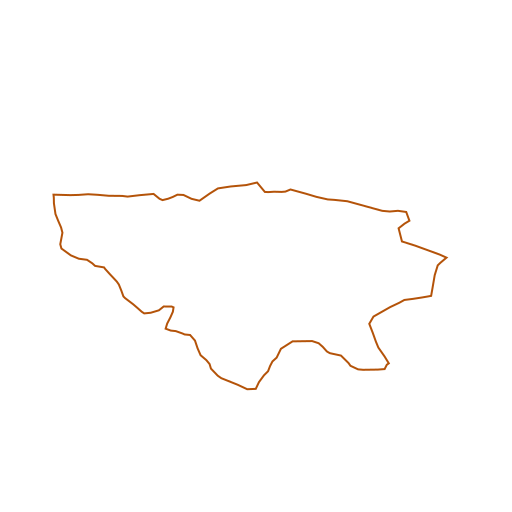 outline of Pshdar, As-Sulaymaniyah, Iraq, rotated 145°
{"feature_id": "34846034B40807866261239", "entity_name": "Pshdar", "entity_type": "district", "adm_level": 2, "iso_a3": "IRQ", "parent_name": "Iraq", "parent_adm1": "As-Sulaymaniyah", "projection": "robinson", "projection_center": [45.138, 36.265], "detail": "fine", "context": "isolated", "style": "outline", "palette": "amber", "viewbox_px": 512, "rotation_deg": 145, "n_neighbors": 0, "source": "geoboundaries", "source_scale": "gbopen_adm2", "svg_char_len": 1865}
<svg xmlns="http://www.w3.org/2000/svg" viewBox="0 0 512 512"><g transform="rotate(145 256 256)"><path d="M386.7,422.4L388.2,419.7L391.3,415.1L396.2,405.4L397.8,398.5L399.3,391.2L401.2,386.1L405.4,382.0L409.6,377.9L411.1,373.7L407.3,362.7L402.7,355.4L396.6,349.8L394.3,343.9L393.5,340.2L387.0,333.8L387.0,331.9L386.2,325.5L384.7,314.9L384.7,311.3L386.2,304.8L387.8,298.9L387.4,296.6L384.3,286.9L382.8,281.0L381.6,275.9L380.5,273.1L374.8,269.9L366.7,267.2L360.6,267.6L354.1,263.0L353.0,261.2L356.1,258.0L361.4,254.8L367.5,251.6L371.7,248.3L368.6,243.8L364.8,240.5L360.6,234.6L359.5,232.7L355.3,229.1L354.5,221.7L356.8,213.9L358.3,206.5L356.4,199.2L356.0,194.1L357.5,189.6L356.0,179.9L354.5,175.8L344.9,161.1L339.6,151.9L332.4,147.3L325.9,151.0L317.9,153.7L312.2,154.7L307.6,157.8L303.0,160.2L297.4,160.9L288.8,165.7L275.0,165.1L266.9,159.6L258.8,154.1L254.7,148.6L253.4,143.2L252.7,137.2L251.9,135.4L251.2,134.0L243.5,125.7L241.6,115.2L241.6,111.9L237.4,104.6L233.6,101.4L221.4,93.1L215.5,89.6L211.2,91.9L208.8,91.9L208.3,99.9L208.3,110.8L206.9,117.1L204.5,125.8L202.1,135.5L194.5,139.0L175.4,137.2L165.4,135.5L159.7,134.9L152.1,130.9L144.0,126.9L138.7,124.4L135.4,122.9L129.7,128.6L120.6,137.8L112.5,144.1L108.7,144.7L100.9,145.4L104.7,151.8L119.6,173.1L128.1,184.2L123.3,196.9L115.8,197.3L110.1,196.9L107.7,205.9L113.8,211.6L120.9,215.7L126.7,220.6L133.5,228.8L142.0,239.1L149.8,248.5L159.7,257.1L164.8,261.2L172.6,269.8L179.4,278.4L189.6,290.7L195.0,291.9L198.4,293.9L201.9,296.5L204.5,298.4L209.3,301.3L212.0,303.4L213.0,315.6L223.3,319.7L225.4,320.9L236.9,327.5L248.4,333.2L258.0,333.7L270.6,333.7L276.0,339.8L280.4,347.6L285.2,351.3L290.3,352.1L295.1,353.3L300.5,355.4L302.2,358.2L304.3,365.6L316.5,372.6L327.1,378.3L331.2,382.0L342.1,389.8L350.3,396.7L358.1,402.9L366.3,407.8L373.1,412.3L386.7,422.4Z" fill="none" stroke="#b45309" stroke-width="2"/></g></svg>